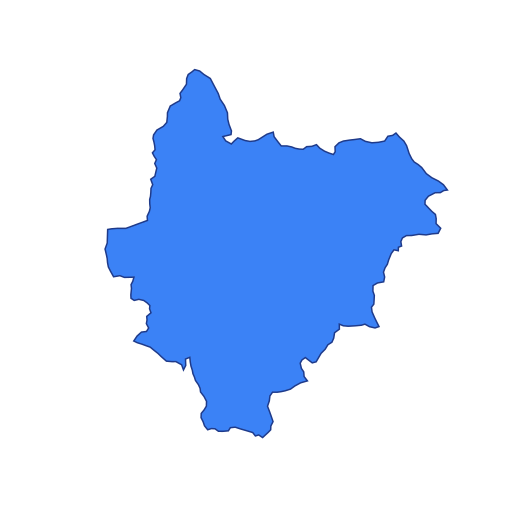 Bragança Paulista, São Paulo, Brazil (Robinson projection), rotated 299°
{"feature_id": "56859067B47210019217974", "entity_name": "Bragança Paulista", "entity_type": "district", "adm_level": 2, "iso_a3": "BRA", "parent_name": "Brazil", "parent_adm1": "São Paulo", "projection": "robinson", "projection_center": [-46.559, -22.936], "detail": "fine", "context": "isolated", "style": "filled", "palette": "blue", "viewbox_px": 512, "rotation_deg": 299, "n_neighbors": 0, "source": "geoboundaries", "source_scale": "gbopen_adm2", "svg_char_len": 3443}
<svg xmlns="http://www.w3.org/2000/svg" viewBox="0 0 512 512"><g transform="rotate(299 256 256)"><path d="M400.8,386.5L404.3,388.5L406.5,391.4L409.2,385.4L410.0,379.2L409.7,371.9L410.6,365.0L413.7,358.1L414.6,353.5L414.9,348.8L416.5,345.1L419.9,340.2L423.1,336.8L425.5,334.2L428.2,329.6L429.6,323.7L431.4,318.8L427.7,317.0L424.7,313.3L418.9,312.8L414.9,308.1L411.2,302.5L409.3,296.1L409.2,290.5L405.7,285.8L402.7,281.6L398.9,276.7L395.2,273.7L389.9,272.1L385.6,274.7L382.3,274.5L381.4,269.8L380.9,265.1L381.2,259.5L382.7,254.9L379.0,251.7L376.2,247.3L372.2,245.5L370.5,242.0L369.2,238.1L368.7,234.4L367.3,229.8L364.5,224.7L366.3,220.3L369.1,214.0L372.7,211.0L367.8,206.5L358.8,201.6L356.1,199.2L353.3,195.2L351.7,190.5L350.5,182.8L346.0,181.2L342.0,180.1L342.0,173.7L344.4,169.1L350.1,175.3L353.5,173.9L358.0,168.6L361.9,165.0L367.4,161.6L372.3,155.4L375.8,148.6L379.8,144.2L383.5,138.5L389.1,130.0L389.5,122.5L390.5,117.0L389.3,112.0L385.8,110.6L381.9,108.7L377.6,109.3L372.5,111.9L365.7,111.3L361.4,110.7L358.0,113.5L354.7,113.9L351.0,111.5L345.6,108.3L338.4,109.1L335.0,110.9L329.6,113.2L324.5,112.1L318.2,108.3L312.3,107.7L308.9,108.9L306.1,111.6L303.2,114.0L300.0,116.2L296.0,115.4L293.8,118.7L292.0,122.2L287.8,122.6L284.8,126.6L281.2,127.6L276.6,128.9L272.1,126.7L268.3,131.1L264.2,131.4L260.6,133.2L257.0,134.8L253.9,135.6L250.1,137.8L246.9,140.1L243.4,141.1L238.0,141.5L234.5,143.8L217.1,128.8L213.0,121.4L209.7,116.4L207.3,113.4L199.1,117.6L195.2,119.6L188.9,120.6L184.4,124.7L181.6,127.1L178.3,129.3L174.8,132.2L172.1,136.2L168.8,141.5L172.8,146.5L173.5,151.3L176.2,155.9L178.3,159.5L174.1,160.5L170.4,160.6L167.3,162.8L161.3,165.4L158.4,167.2L158.1,171.0L161.3,174.5L162.7,179.4L162.2,183.6L161.2,187.2L158.2,188.5L155.4,191.7L150.2,189.7L147.2,191.7L143.7,192.9L141.0,197.0L136.9,196.8L133.9,192.7L128.4,190.8L122.4,190.3L122.6,194.1L123.6,199.0L124.3,203.6L125.0,207.7L124.0,213.0L123.3,217.4L122.1,221.8L120.6,228.6L122.9,233.8L124.8,237.1L124.8,243.7L121.2,247.8L126.2,247.6L131.7,244.3L135.3,247.2L131.3,250.0L128.2,252.5L125.2,255.7L122.5,257.9L120.2,260.9L117.8,263.4L115.5,268.1L113.1,271.3L110.2,273.4L107.9,278.7L104.9,283.2L100.6,285.4L96.0,285.2L91.8,284.4L88.0,286.3L85.4,290.1L82.5,293.3L80.6,298.0L83.4,300.6L85.0,303.9L84.5,308.1L86.6,312.0L89.7,316.6L93.4,316.8L96.2,320.8L97.2,326.1L98.8,333.2L100.0,338.7L98.3,342.7L100.8,345.1L100.4,349.8L103.5,350.8L107.4,352.1L111.1,353.1L114.5,351.4L119.4,351.2L123.3,346.9L126.9,342.8L130.2,338.9L135.7,337.9L140.4,336.0L144.9,336.5L147.1,340.5L149.5,343.7L152.2,346.8L156.3,350.7L161.2,353.0L166.7,356.5L171.7,361.5L173.9,356.5L177.8,353.9L179.7,350.2L183.7,346.6L187.4,346.6L191.1,348.4L190.5,352.2L189.8,357.0L192.6,359.9L202.4,360.1L208.0,361.7L213.2,361.9L217.4,364.2L221.8,363.8L227.0,361.9L232.4,364.4L236.8,361.9L237.3,366.2L239.3,370.7L243.1,376.7L246.6,381.8L249.2,384.3L249.2,389.5L250.8,395.0L253.9,397.8L256.7,393.7L259.5,389.7L263.4,384.6L267.2,381.8L271.0,382.4L274.4,380.8L278.9,378.6L281.9,375.3L286.9,372.7L291.3,375.3L295.3,380.2L300.0,378.7L303.7,375.3L308.3,374.6L312.4,374.9L317.0,373.9L323.8,373.1L328.3,373.7L329.6,377.9L332.7,376.3L335.3,378.5L338.8,375.7L342.8,375.3L346.8,377.7L349.4,382.2L354.0,388.0L356.9,394.5L360.7,399.2L364.1,404.3L369.8,404.1L371.6,397.8L376.0,395.5L379.3,392.8L380.3,388.0L381.6,383.8L383.2,378.7L386.7,376.9L391.9,377.8L395.0,379.9L398.2,382.0L400.8,386.5Z" fill="#3b82f6" stroke="#1e3a8a" stroke-width="1.5"/></g></svg>